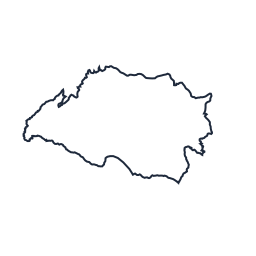 Manonyane, Maseru, Lesotho, rotated 318°
{"feature_id": "5366337B83171462701560", "entity_name": "Manonyane", "entity_type": "district", "adm_level": 2, "iso_a3": "LSO", "parent_name": "Lesotho", "parent_adm1": "Maseru", "projection": "equal_earth", "projection_center": [27.717, -29.478], "detail": "fine", "context": "isolated", "style": "outline", "palette": "slate", "viewbox_px": 256, "rotation_deg": 318, "n_neighbors": 0, "source": "geoboundaries", "source_scale": "gbopen_adm2", "svg_char_len": 5735}
<svg xmlns="http://www.w3.org/2000/svg" viewBox="0 0 256 256"><g transform="rotate(318 128 128)"><path d="M128.7,202.5L129.6,201.8L130.1,202.2L130.9,201.8L132.2,201.4L133.2,201.0L134.0,200.5L135.2,200.1L136.4,200.2L137.4,199.5L138.8,199.0L139.9,199.2L140.6,199.5L141.3,199.4L142.1,199.7L142.8,199.7L143.6,198.4L144.6,197.8L146.4,197.8L147.2,197.0L148.6,196.0L149.1,194.4L149.5,193.5L149.8,192.6L149.8,191.6L150.3,190.9L150.4,190.0L151.4,188.9L151.6,187.1L152.2,185.9L152.8,185.1L153.8,184.3L154.2,183.7L155.2,182.0L155.9,181.7L156.5,180.8L157.9,180.7L158.5,181.1L160.2,181.8L160.8,182.4L161.0,183.4L161.4,184.2L160.8,184.0L160.8,185.1L161.3,185.6L161.3,186.3L161.1,187.2L161.4,188.0L162.7,188.4L163.0,189.4L162.8,192.8L163.7,193.5L164.1,194.4L164.7,194.9L164.9,195.7L164.9,196.9L165.2,197.7L166.1,196.8L168.1,196.7L168.7,196.9L169.1,196.5L168.8,195.7L168.0,195.6L168.0,194.7L167.6,193.9L169.4,193.5L170.0,192.5L170.9,192.4L171.5,192.0L171.6,191.3L171.0,190.7L171.3,189.8L171.2,188.6L171.8,189.1L172.4,189.0L171.9,188.2L173.1,186.8L172.8,186.2L172.8,185.4L173.2,184.8L173.8,184.3L174.6,184.4L175.4,184.8L175.9,185.6L176.5,185.6L177.4,186.2L178.3,186.4L179.0,186.2L181.6,186.7L182.4,186.2L183.2,185.7L184.0,185.8L184.7,186.5L185.4,187.1L185.8,188.1L186.8,188.1L187.6,187.3L187.8,186.2L189.1,183.8L190.4,182.2L191.1,180.2L192.3,179.0L192.8,178.2L193.0,175.9L193.0,174.8L192.8,172.7L193.0,170.7L194.3,170.5L195.6,170.5L195.4,169.6L194.1,168.1L195.2,167.7L197.1,166.7L199.2,164.8L201.6,162.2L203.0,161.8L204.4,161.9L206.3,162.7L207.5,162.6L208.9,161.2L210.1,160.6L211.4,160.1L212.0,159.1L212.5,158.0L211.8,157.2L209.1,156.7L208.5,156.7L207.1,156.5L205.9,156.1L203.8,154.9L202.5,153.6L201.5,153.3L200.4,152.3L198.3,151.2L197.9,149.3L197.2,148.7L196.7,148.0L196.4,146.6L197.1,145.2L197.7,144.3L198.2,141.1L198.0,139.3L197.5,137.5L197.7,136.3L198.2,134.2L198.2,133.0L198.4,130.5L197.1,129.3L196.0,128.9L194.9,129.0L193.6,127.5L192.6,128.4L191.6,127.8L190.9,127.0L192.6,125.0L193.6,123.6L193.2,120.2L193.7,118.4L194.3,117.5L194.6,116.0L193.8,114.2L192.0,113.6L189.9,112.3L188.2,111.5L184.4,109.4L182.2,109.1L181.3,109.1L179.6,107.7L178.2,106.4L175.4,103.5L174.8,102.5L174.5,98.7L173.9,96.8L172.7,95.4L171.3,94.4L169.8,94.2L167.9,92.9L165.8,90.3L164.9,89.6L163.1,89.2L162.3,88.5L161.8,86.8L161.4,85.2L160.9,83.8L160.3,82.8L159.7,81.4L159.7,79.0L159.6,77.4L159.1,75.6L158.5,74.8L157.7,73.7L156.9,70.9L155.9,70.1L154.6,70.0L152.6,67.6L151.7,67.8L150.5,69.0L149.9,69.1L148.8,69.0L146.9,68.4L146.7,67.0L146.1,66.5L146.5,64.9L147.3,63.5L146.2,63.9L145.5,64.7L145.0,65.6L144.2,65.9L143.0,65.9L142.5,65.4L141.3,65.4L140.9,63.9L141.0,63.0L139.7,64.0L138.8,63.9L138.1,63.1L137.5,62.1L137.5,60.9L138.1,60.1L138.2,59.1L137.1,58.7L135.6,59.5L134.8,60.8L134.3,60.3L132.9,60.0L132.2,60.7L131.8,61.8L131.4,62.7L130.5,62.7L129.6,61.8L128.6,62.3L126.2,62.3L125.0,62.7L124.4,63.5L124.3,64.5L123.7,64.7L122.7,64.2L121.7,64.0L120.7,64.5L120.3,65.3L119.6,64.5L118.5,64.7L117.8,64.0L117.4,64.8L117.6,66.4L117.2,67.1L116.1,67.3L115.0,67.4L113.9,68.1L113.2,68.7L112.7,69.3L111.5,71.0L110.7,71.0L110.1,70.9L109.6,70.1L109.0,68.3L109.2,67.4L108.6,66.4L108.2,65.4L107.5,65.4L106.9,65.3L106.2,65.7L104.1,66.0L103.5,66.8L102.5,67.2L98.9,67.2L97.3,67.1L95.9,66.3L94.3,66.7L93.8,66.3L91.7,66.3L90.7,66.0L91.2,64.8L91.6,64.4L92.2,63.9L93.3,63.9L94.1,64.4L95.7,64.6L97.0,64.4L97.9,63.7L99.9,62.8L102.7,62.9L102.0,61.2L101.5,60.7L101.8,59.8L102.7,59.4L104.6,57.5L105.4,56.1L104.1,56.1L102.7,56.4L102.1,56.9L99.1,56.9L98.1,57.3L97.3,56.7L95.8,56.5L95.0,56.5L94.0,56.7L92.9,57.4L92.1,57.1L90.9,57.3L90.2,56.5L89.0,55.6L87.3,54.9L85.9,54.6L84.8,53.8L81.9,54.2L80.2,53.5L77.6,54.0L77.0,54.0L75.7,55.1L75.2,55.1L74.3,55.4L73.3,55.5L72.4,54.9L71.9,55.5L69.8,54.9L69.0,55.2L66.9,55.6L65.8,55.2L64.3,55.2L63.8,55.7L62.9,55.5L61.8,54.9L60.9,55.6L60.0,54.9L58.9,54.7L57.2,54.7L56.9,55.7L55.9,56.4L55.3,57.0L55.1,57.9L55.0,59.3L54.1,59.5L53.3,59.1L52.1,59.1L51.6,59.9L50.8,59.7L49.7,61.4L48.8,61.4L48.7,62.2L47.8,62.4L46.8,62.3L46.4,63.0L45.7,63.2L45.6,64.2L45.0,64.3L44.8,65.8L43.9,66.3L43.5,67.8L44.2,68.9L44.3,69.5L44.6,70.5L45.4,71.2L45.7,71.5L46.1,71.7L46.3,71.7L46.5,71.5L46.7,71.4L47.0,70.8L47.3,70.6L47.8,70.9L48.1,70.7L48.5,70.6L48.8,70.6L49.0,70.7L49.7,70.7L49.7,71.2L49.6,71.4L49.7,71.7L50.0,71.8L50.7,71.0L50.9,70.8L50.9,70.5L51.5,69.8L52.2,70.3L52.6,70.9L52.8,71.3L53.0,71.3L53.1,71.5L54.1,72.5L54.7,72.8L55.1,73.2L55.5,73.3L55.7,73.2L56.6,74.4L57.1,75.5L57.6,76.4L57.5,77.5L58.0,79.4L58.3,80.4L58.3,81.4L58.9,81.9L58.7,82.6L59.4,82.5L59.2,83.5L60.1,84.2L60.9,84.5L61.5,85.4L63.1,86.4L63.3,87.5L62.9,88.7L62.9,89.6L63.1,90.9L63.9,91.8L65.5,92.6L65.8,94.4L66.9,94.7L67.6,95.2L68.2,96.5L68.3,97.3L68.0,98.0L68.5,100.5L68.0,101.6L67.8,102.6L68.3,103.2L68.3,104.3L68.6,105.5L69.4,107.9L70.0,108.5L71.3,110.1L72.1,110.4L73.3,113.4L73.6,114.2L74.0,114.8L74.1,115.7L73.9,116.7L74.1,118.1L74.8,119.3L74.8,120.2L74.6,121.3L74.5,123.4L75.0,125.5L76.4,127.4L76.5,128.3L76.4,129.4L76.9,131.1L78.0,131.9L78.7,132.7L79.4,134.0L80.0,134.7L80.4,136.5L81.3,137.4L81.9,138.2L83.3,139.3L84.5,139.0L85.7,139.1L87.3,137.8L88.7,137.6L89.7,136.8L91.1,135.4L92.1,135.4L93.5,135.6L95.8,136.9L98.2,139.0L100.4,143.5L101.5,150.4L101.6,159.4L100.8,164.1L100.4,166.0L101.2,166.2L102.0,166.2L102.8,166.6L103.2,168.8L103.8,169.5L104.5,170.0L105.7,170.3L106.0,171.4L106.0,172.7L106.1,174.1L107.0,176.1L108.3,176.8L109.2,177.5L109.6,178.6L110.1,179.3L110.7,179.6L111.2,179.6L111.9,179.7L112.7,179.5L113.6,179.3L114.5,179.5L114.9,180.6L116.8,182.0L117.8,182.5L118.3,182.9L119.0,184.1L119.9,184.8L121.4,186.1L122.0,186.9L122.4,187.6L123.1,187.7L124.0,188.9L124.5,190.2L124.5,191.3L124.8,192.2L125.6,193.2L127.4,196.3L127.9,198.0L128.4,200.1L128.7,202.5Z" fill="none" stroke="#1e293b" stroke-width="2"/></g></svg>